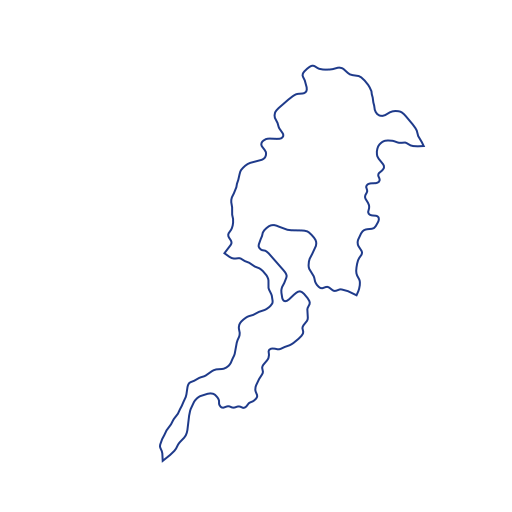 outline of Cambita Garabito, San Cristóbal, Dominican Republic, rotated 229°
{"feature_id": "3306468B64395738690475", "entity_name": "Cambita Garabito", "entity_type": "district", "adm_level": 2, "iso_a3": "DOM", "parent_name": "Dominican Republic", "parent_adm1": "San Cristóbal", "projection": "natural_earth1", "projection_center": [-70.253, 18.535], "detail": "fine", "context": "isolated", "style": "outline", "palette": "blue", "viewbox_px": 512, "rotation_deg": 229, "n_neighbors": 0, "source": "geoboundaries", "source_scale": "gbopen_adm2", "svg_char_len": 6141}
<svg xmlns="http://www.w3.org/2000/svg" viewBox="0 0 512 512"><g transform="rotate(229 256 256)"><path d="M229.0,454.7L233.0,455.8L240.1,457.1L245.2,459.6L247.9,460.2L252.6,460.6L263.2,460.8L266.1,460.7L268.9,460.2L270.6,459.4L272.0,458.3L274.0,456.3L275.6,453.9L276.6,451.3L277.6,445.9L278.7,443.5L279.8,442.3L281.1,441.3L283.6,440.6L286.1,440.8L288.5,441.6L291.9,443.8L294.9,445.3L299.0,448.0L302.1,449.5L304.6,451.2L308.7,452.4L311.5,452.9L317.2,453.1L321.8,452.6L324.4,451.6L329.2,447.5L331.5,446.0L334.0,445.4L339.8,444.7L341.4,444.1L343.4,442.6L344.4,441.3L346.7,436.5L348.3,434.1L350.8,431.0L352.9,428.8L355.8,426.5L357.4,425.8L361.0,424.7L362.3,423.8L362.8,423.1L363.2,422.3L363.6,420.5L363.8,417.5L363.6,413.6L363.2,411.8L362.8,410.9L361.7,409.6L360.3,409.0L356.5,408.0L350.1,404.9L348.3,403.5L347.4,402.2L347.2,401.5L347.1,400.7L347.4,399.0L348.2,397.6L350.8,394.1L351.7,392.5L352.2,390.5L352.5,388.4L352.8,383.1L352.8,370.1L352.5,367.0L352.0,365.1L351.6,364.3L350.0,362.3L347.9,360.9L342.2,359.5L338.6,357.8L337.0,357.3L331.4,356.7L330.1,356.4L328.8,355.4L328.4,354.7L328.2,353.0L328.3,352.2L329.1,350.6L330.8,348.5L335.5,343.5L336.7,342.0L337.7,340.2L338.2,337.5L338.2,335.8L337.6,334.2L336.5,333.0L335.0,332.4L330.3,332.1L327.9,331.6L326.6,330.7L325.5,329.5L324.7,328.0L324.4,327.0L324.4,325.2L324.8,323.5L330.1,312.7L330.9,310.0L331.2,307.1L331.1,304.2L330.7,301.3L330.0,299.5L328.4,297.1L325.1,292.6L323.0,289.0L320.8,286.3L317.8,280.4L316.1,276.3L314.6,274.2L312.8,272.6L308.4,269.9L302.8,265.1L299.0,263.0L296.2,260.6L294.3,258.4L292.8,256.0L292.1,254.3L291.1,250.3L290.3,249.0L289.0,248.1L287.6,247.7L284.0,247.2L282.6,246.6L282.0,246.1L281.5,245.5L280.9,244.0L278.8,234.0L272.8,235.4L270.4,236.3L268.5,237.7L267.5,238.9L265.8,241.4L265.3,242.0L264.1,242.8L259.6,244.2L255.4,246.4L248.8,248.2L244.6,250.4L242.8,250.9L240.1,251.3L234.4,251.2L232.6,250.8L230.8,250.2L229.3,249.3L223.7,244.5L222.1,243.8L217.2,242.5L215.7,241.9L211.1,239.0L210.0,237.9L209.5,237.1L208.9,234.3L208.8,232.2L209.1,229.1L209.6,227.1L211.9,221.6L213.4,215.2L215.2,211.3L215.8,209.6L216.1,207.7L216.3,204.8L216.2,201.9L215.8,200.0L215.1,198.3L213.5,196.3L212.2,195.3L208.7,193.3L207.0,191.6L206.1,190.2L204.6,186.9L203.2,184.6L196.1,175.7L195.2,174.1L193.8,170.8L191.9,166.9L191.4,165.2L191.1,163.3L191.3,160.4L192.1,157.7L193.1,156.1L196.5,151.6L197.6,149.0L198.0,147.1L198.8,139.5L199.3,137.8L200.7,134.7L201.3,133.0L202.4,127.5L203.7,123.8L203.9,122.3L203.7,121.4L203.1,119.9L202.1,118.4L197.3,112.8L195.7,110.5L193.5,105.6L191.6,101.7L190.3,98.3L188.2,93.6L186.9,87.1L186.3,85.4L184.7,81.4L183.1,74.1L181.0,69.3L179.4,65.1L176.6,60.1L175.6,58.9L175.0,58.4L173.6,57.8L170.6,56.9L168.5,55.8L162.6,51.2L162.2,60.5L162.5,66.5L163.1,69.3L164.7,73.2L165.2,74.9L165.5,76.8L166.0,82.5L166.7,85.3L168.0,87.8L169.7,90.1L179.4,100.8L182.3,104.6L183.3,106.2L186.5,113.4L187.0,115.2L187.3,118.0L187.2,120.0L186.9,121.8L183.8,129.0L182.2,131.5L180.7,132.8L179.9,133.4L178.1,134.0L176.2,134.1L174.4,134.1L172.7,133.8L171.1,133.2L168.6,131.1L167.3,130.6L165.3,130.4L163.9,130.9L162.9,131.9L161.6,135.2L160.9,136.4L159.9,137.3L157.5,138.5L156.4,139.4L155.6,140.6L154.5,143.3L153.7,144.4L152.7,145.2L149.9,146.6L149.4,147.2L148.9,148.5L148.8,150.0L149.6,154.0L149.3,155.6L148.4,158.2L148.2,159.9L148.3,162.5L148.8,164.0L149.2,164.7L150.4,165.6L153.9,166.8L155.4,167.6L157.4,169.7L158.4,171.4L161.1,177.6L162.6,182.7L163.2,184.2L164.1,185.3L167.6,187.3L168.5,188.5L169.1,190.1L170.0,195.9L170.5,197.8L171.0,198.7L172.8,200.9L175.7,202.9L176.4,204.0L176.5,204.8L176.2,206.4L175.4,207.7L173.7,209.4L171.3,211.2L170.4,212.3L169.7,213.8L168.5,218.0L166.6,222.8L166.1,224.9L165.8,227.1L165.6,233.7L165.9,237.9L166.4,239.7L166.7,240.6L167.8,241.9L171.1,243.7L172.0,244.9L172.6,246.5L173.6,251.9L174.3,253.4L175.4,254.6L182.0,259.7L182.9,260.9L184.5,264.8L185.6,266.0L187.0,266.7L190.4,267.3L195.9,267.4L198.5,267.0L200.0,266.3L200.7,265.7L201.5,264.1L201.8,262.3L201.9,259.4L201.6,252.5L201.9,249.9L202.7,248.4L203.4,247.9L204.1,247.6L205.6,247.7L207.0,248.2L211.5,251.0L213.5,252.6L214.6,254.0L215.5,255.4L217.1,259.6L219.7,264.6L220.7,265.9L221.4,266.4L223.0,267.0L224.7,267.3L227.5,267.4L249.8,267.3L252.5,266.9L254.0,266.4L256.5,264.4L257.8,263.9L259.9,263.8L261.3,264.2L262.0,264.7L263.0,265.9L265.7,270.7L267.1,273.6L269.2,276.5L270.0,279.1L270.2,282.1L270.0,285.2L269.4,287.2L268.5,288.7L267.4,290.0L265.4,291.4L263.2,292.5L255.2,296.9L252.3,299.5L245.5,307.0L243.4,309.1L241.0,310.8L239.2,311.4L235.5,311.8L231.7,311.8L229.0,311.4L227.3,310.7L225.9,309.7L224.3,307.8L220.7,299.8L218.7,294.7L217.1,292.3L214.5,289.6L213.0,288.5L211.3,287.7L203.0,286.3L201.4,285.7L197.9,283.8L196.1,283.3L194.2,283.0L191.6,283.1L189.9,283.5L189.2,283.9L188.1,285.0L186.8,288.3L186.0,289.5L185.5,289.9L184.2,290.5L179.8,291.4L178.5,292.0L178.0,292.5L177.2,293.7L175.9,297.1L175.5,297.8L174.4,298.8L169.2,302.3L160.4,306.1L162.4,310.3L163.6,312.3L165.8,315.1L167.7,316.9L169.1,317.9L170.5,318.5L174.9,319.5L177.0,320.4L179.1,321.9L181.5,324.4L183.8,327.2L185.8,330.2L186.8,332.6L187.8,336.6L188.7,337.9L189.2,338.4L190.6,339.0L196.1,339.8L197.7,340.3L199.7,341.7L200.8,343.0L201.3,343.8L204.1,350.1L204.7,352.6L204.6,354.5L204.0,356.2L203.1,357.7L200.6,361.2L199.9,362.8L199.7,363.6L200.0,366.0L201.3,369.7L202.0,371.3L202.9,372.6L204.1,373.5L204.8,373.8L206.3,373.7L207.6,373.0L210.5,370.2L211.8,369.3L212.5,369.0L213.9,368.8L215.3,369.3L215.8,369.7L217.8,372.6L218.9,373.7L220.2,374.6L222.6,375.4L227.4,376.2L228.7,376.8L229.3,377.3L230.2,378.5L231.2,381.2L231.9,382.4L232.9,383.1L235.8,384.4L236.6,385.7L236.8,387.3L236.3,388.9L235.5,390.3L232.3,394.3L231.6,395.9L231.4,397.5L232.0,398.9L232.5,399.4L233.6,400.0L236.1,400.8L236.6,401.1L237.5,402.1L237.9,403.3L237.8,406.9L238.0,408.5L238.4,410.0L238.9,410.7L240.2,411.7L241.8,412.1L249.0,412.4L251.7,413.0L253.3,413.9L255.5,415.7L257.3,417.9L258.3,419.6L258.7,420.5L259.2,422.4L259.3,424.3L259.2,426.3L258.7,428.1L258.3,429.0L256.6,431.4L253.3,434.7L251.8,435.7L248.9,437.3L247.6,438.2L246.0,440.0L243.8,443.0L242.5,443.7L238.1,445.2L235.9,446.7L232.6,450.1L229.0,454.7Z" fill="none" stroke="#1e3a8a" stroke-width="2"/></g></svg>